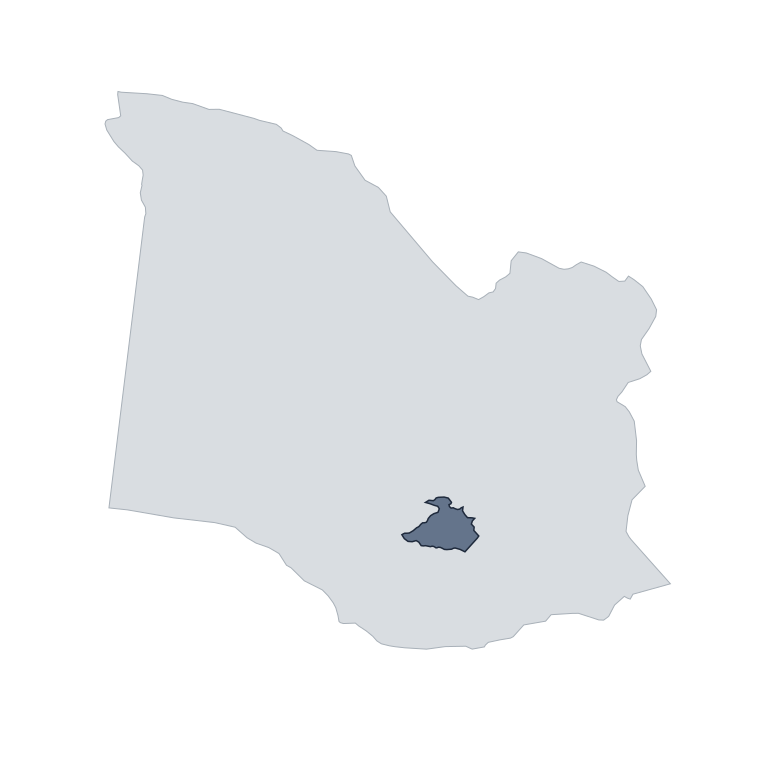 Amuria on a map of Uganda (Robinson projection), rotated 97°
{"feature_id": "UGA-3124", "entity_name": "Amuria", "entity_type": "District", "adm_level": 1, "iso_a3": "UGA", "parent_name": "Uganda", "parent_adm1": "", "projection": "robinson", "projection_center": [33.651, 2.061], "detail": "fine", "context": "in_parent", "style": "filled", "palette": "slate", "viewbox_px": 768, "rotation_deg": 97, "n_neighbors": 0, "source": "natural_earth", "source_scale": "10m", "svg_char_len": 3339}
<svg xmlns="http://www.w3.org/2000/svg" viewBox="0 0 768 768"><g transform="rotate(97 384 384)"><path d="M540.5,641.9L530.0,641.9L513.0,641.9L495.9,641.9L478.9,641.9L461.9,641.9L444.9,641.9L427.8,641.9L410.8,641.9L393.8,641.9L376.7,641.9L359.7,641.9L342.7,641.9L325.7,641.9L308.6,641.9L291.6,641.9L274.6,641.9L257.5,641.9L247.5,641.9L245.5,641.5L244.1,641.1L237.6,642.4L231.0,647.2L223.9,649.2L216.4,648.4L215.4,648.9L211.6,648.8L206.1,648.5L201.1,649.7L197.3,653.9L193.4,661.0L186.4,669.2L181.0,676.5L176.3,681.6L165.7,690.1L159.9,692.6L157.0,692.2L155.3,690.6L151.9,679.8L149.9,678.0L129.2,683.6L126.1,683.7L126.4,680.3L124.8,654.8L124.6,639.2L127.3,629.4L128.8,618.1L129.0,608.1L132.8,591.2L131.4,581.1L136.2,545.5L137.5,539.7L139.4,522.5L142.5,517.2L145.2,515.1L148.7,504.6L155.5,487.7L160.2,479.0L159.2,460.1L160.0,447.2L161.1,444.3L171.1,439.5L184.1,427.6L189.6,413.5L197.3,404.6L212.4,398.8L256.9,350.6L277.6,324.7L286.6,311.4L287.0,306.6L288.7,300.4L285.1,295.5L280.8,291.0L279.3,286.9L275.6,284.9L270.3,285.0L266.8,282.0L262.8,276.2L258.8,272.5L246.2,272.8L236.5,266.8L236.6,258.7L240.4,242.7L247.8,224.3L248.2,219.3L247.2,215.0L245.4,211.3L242.1,207.6L238.9,203.2L241.4,190.0L246.0,177.1L249.8,170.6L253.6,163.4L252.5,157.5L247.1,154.5L249.9,148.7L255.8,139.0L267.1,129.1L277.1,122.5L283.8,122.5L296.8,127.7L308.5,133.9L314.9,134.3L322.7,131.7L338.9,120.7L342.8,124.2L347.6,130.8L352.7,141.8L362.9,146.9L367.8,150.3L371.3,151.4L373.2,150.5L377.1,141.8L381.8,137.1L390.4,131.1L409.5,126.4L423.1,125.0L428.8,123.9L438.5,121.1L453.7,112.3L468.7,123.7L485.0,125.9L500.8,125.8L505.6,122.4L508.4,119.7L525.0,100.9L547.4,75.4L562.3,111.3L567.5,113.4L566.8,116.5L565.5,119.6L575.3,128.2L587.3,132.7L591.6,137.2L592.0,142.0L587.9,163.0L588.7,169.0L592.6,190.0L599.7,194.7L606.1,215.9L619.0,224.9L620.8,227.5L623.8,237.7L627.7,249.0L630.8,251.6L632.7,252.3L636.4,264.2L634.3,270.9L637.2,291.3L642.0,309.5L643.3,331.2L643.4,340.8L643.2,346.6L642.2,354.9L639.9,359.7L635.8,364.3L631.2,371.6L627.3,379.5L624.8,383.3L626.7,395.1L626.2,398.2L625.2,399.7L619.3,401.5L611.9,404.6L607.4,407.7L601.0,413.7L595.9,420.1L589.1,439.1L577.8,453.8L575.8,458.7L565.1,467.5L560.4,478.4L557.5,491.7L553.3,501.2L544.3,514.3L542.2,535.0L542.5,576.3L540.2,623.4L540.5,641.9Z" fill="#d9dde1" stroke="#a8b0b8" stroke-width="1"/><path d="M496.5,328.4L493.9,325.2L493.8,320.8L492.6,319.4L490.8,318.4L489.9,316.4L489.5,314.1L488.9,310.5L489.4,306.3L493.2,302.6L494.7,303.0L495.8,304.8L497.7,304.1L499.0,302.3L498.7,301.3L498.4,300.0L498.8,299.2L499.1,298.2L499.6,295.8L499.0,293.7L497.5,292.3L496.5,290.6L500.3,290.6L503.7,287.9L506.5,284.8L506.1,280.4L506.3,277.6L509.1,279.6L512.4,280.2L515.0,277.1L518.4,277.0L523.3,271.4L525.6,272.6L540.7,283.2L538.9,288.3L538.1,293.5L538.7,295.3L539.7,296.7L540.7,301.5L540.8,304.0L539.9,306.3L539.3,308.2L539.4,310.2L540.1,311.4L540.3,312.5L539.7,313.6L539.2,314.7L539.1,316.5L539.8,318.1L539.4,323.0L539.9,325.3L539.9,327.4L536.7,330.2L535.5,333.0L537.1,336.8L537.3,341.0L535.0,345.0L531.4,347.9L530.4,346.6L529.6,345.3L529.3,343.0L528.8,340.7L526.0,337.1L522.7,334.1L521.9,332.8L520.9,331.7L518.9,330.5L517.1,328.8L516.8,327.0L516.1,325.1L514.2,324.2L512.1,323.7L509.0,321.7L506.6,318.7L504.8,314.8L501.1,313.9L498.8,315.8L498.3,319.3L497.2,323.8L496.5,328.4Z" fill="#64748b" stroke="#1e293b" stroke-width="1.5"/></g></svg>